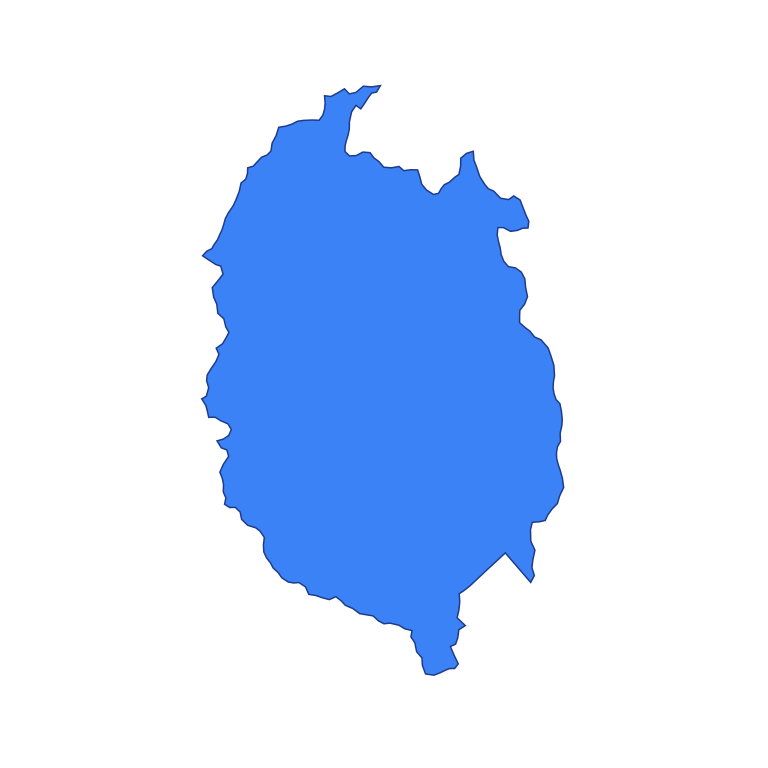 São Bonifácio, Santa Catarina, Brazil, rotated 341°
{"feature_id": "56859067B25915712564646", "entity_name": "São Bonifácio", "entity_type": "district", "adm_level": 2, "iso_a3": "BRA", "parent_name": "Brazil", "parent_adm1": "Santa Catarina", "projection": "robinson", "projection_center": [-48.935, -27.959], "detail": "fine", "context": "isolated", "style": "filled", "palette": "blue", "viewbox_px": 768, "rotation_deg": 341, "n_neighbors": 0, "source": "geoboundaries", "source_scale": "gbopen_adm2", "svg_char_len": 3306}
<svg xmlns="http://www.w3.org/2000/svg" viewBox="0 0 768 768"><g transform="rotate(341 384 384)"><path d="M254.2,203.7L257.9,208.6L264.0,216.4L268.0,219.3L267.6,227.7L259.8,232.8L253.0,236.9L251.2,246.6L251.9,253.9L249.9,263.1L253.8,270.1L253.0,278.7L254.2,284.6L250.2,288.5L244.4,293.4L237.0,295.5L237.6,302.3L232.2,308.2L225.3,313.3L219.9,317.8L217.4,322.8L217.0,330.5L212.0,337.7L206.8,338.7L208.6,346.3L208.1,352.5L207.4,358.4L213.6,360.5L218.0,365.9L223.5,370.9L224.8,377.3L220.4,382.2L213.9,383.8L207.6,383.4L209.4,391.4L213.9,395.1L213.6,401.8L206.1,407.5L200.1,413.9L200.4,420.4L199.6,426.6L196.9,433.8L197.4,440.3L194.1,445.8L197.9,450.6L203.2,452.2L206.3,458.3L205.3,465.7L209.2,473.3L215.9,478.2L218.9,482.8L220.9,490.1L217.6,496.9L215.7,503.7L216.3,510.1L218.4,516.1L219.3,521.9L222.5,527.8L224.3,534.0L229.0,540.1L234.0,542.8L238.9,544.0L243.7,550.2L244.4,558.4L250.7,561.8L256.2,566.1L262.2,570.1L269.2,569.4L272.9,575.0L275.4,580.7L281.5,586.2L286.2,593.2L293.0,596.9L298.2,599.7L301.6,606.1L305.9,610.7L311.7,612.0L319.5,616.9L324.0,622.3L330.2,626.3L327.1,631.9L328.9,638.6L327.7,647.7L330.7,655.5L328.7,662.5L328.9,671.7L336.5,675.6L343.5,675.3L348.3,674.7L353.2,674.4L358.2,676.0L363.1,672.8L362.0,663.4L361.3,653.8L367.0,653.3L371.0,648.1L374.8,640.7L382.2,638.9L377.0,628.8L381.3,622.0L384.8,614.4L386.8,606.8L391.8,605.5L399.6,602.8L420.5,593.4L438.3,585.6L443.7,583.2L458.1,619.4L463.8,614.1L464.1,605.8L467.5,598.7L472.6,590.3L471.6,580.5L475.1,569.4L479.2,563.0L486.2,564.9L492.0,565.5L495.9,561.4L501.9,557.1L509.0,553.5L513.7,546.9L520.2,540.3L522.0,531.2L522.5,522.9L522.5,516.8L523.0,510.7L524.7,505.1L527.5,499.9L532.2,495.7L534.5,488.0L538.7,481.1L541.0,475.6L542.9,467.5L543.9,459.9L541.6,454.7L541.6,448.3L542.7,442.4L545.0,436.9L547.9,431.7L550.7,421.6L551.0,411.3L550.9,403.3L546.9,393.4L541.6,388.5L539.2,381.6L535.8,376.6L532.2,370.2L534.0,364.8L536.4,358.6L542.9,354.3L548.1,348.2L549.4,338.5L551.4,330.5L550.2,322.8L546.1,317.0L539.8,313.5L537.2,306.9L536.9,299.8L538.2,293.1L538.7,286.1L539.6,279.7L542.6,273.2L547.9,275.0L553.4,280.9L560.1,282.2L565.6,281.8L570.9,283.4L573.9,277.3L573.2,270.7L572.9,263.1L572.6,254.3L567.9,248.4L561.9,250.2L554.7,246.3L550.5,237.3L546.1,233.2L544.2,227.9L542.1,219.0L542.2,209.0L541.9,201.6L544.2,193.0L537.1,192.8L530.1,195.5L527.3,203.1L523.1,210.2L518.4,211.5L511.3,214.5L505.9,215.2L501.7,217.9L497.6,221.5L492.5,220.9L487.4,214.5L484.7,207.4L485.3,200.1L485.5,192.5L478.7,190.0L472.2,188.8L469.0,183.2L461.3,182.0L454.3,178.9L451.6,172.0L448.1,167.0L446.1,160.7L439.5,157.8L432.3,159.0L425.7,157.2L422.8,151.5L424.8,146.0L427.8,141.4L431.2,136.8L434.1,131.8L436.7,124.8L441.9,116.2L448.2,111.4L451.6,116.3L456.8,112.5L462.5,108.0L467.0,104.9L472.0,105.6L477.7,100.7L468.8,99.0L461.5,95.7L452.3,99.2L445.6,98.4L442.7,92.0L434.8,93.7L427.5,94.9L421.6,92.1L419.8,99.2L417.4,104.6L413.8,109.8L408.5,113.5L402.3,111.1L393.9,108.6L387.8,107.4L381.1,108.3L375.1,108.2L368.1,107.0L362.8,114.1L356.6,119.9L353.0,126.9L348.0,129.4L342.0,129.7L337.0,132.4L331.2,135.5L325.5,135.2L323.5,140.4L320.0,145.3L314.3,147.4L309.8,154.8L303.6,162.1L299.4,166.4L292.7,171.4L287.9,175.9L284.5,180.8L281.0,185.5L277.2,189.4L273.3,193.6L269.2,196.5L265.2,200.0L259.7,200.7L254.2,203.7Z" fill="#3b82f6" stroke="#1e3a8a" stroke-width="1.5"/></g></svg>